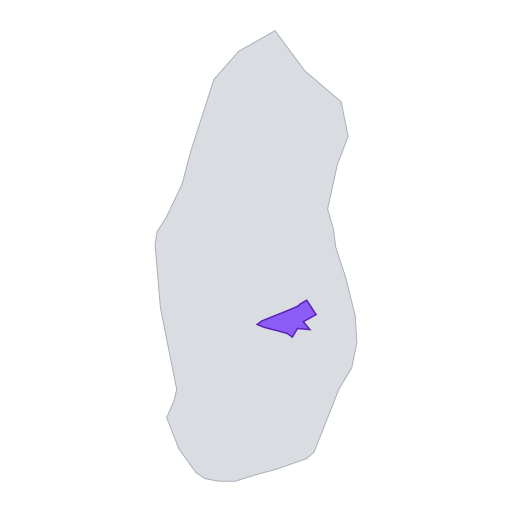 location of 81, Ar Rayyān, Qatar
{"feature_id": "91078587B52698515683272", "entity_name": "81", "entity_type": "district", "adm_level": 2, "iso_a3": "QAT", "parent_name": "Qatar", "parent_adm1": "Ar Rayyān", "projection": "natural_earth1", "projection_center": [51.325, 25.138], "detail": "fine", "context": "in_parent", "style": "filled", "palette": "violet", "viewbox_px": 512, "rotation_deg": 0, "n_neighbors": 0, "source": "geoboundaries", "source_scale": "gbopen_adm2", "svg_char_len": 814}
<svg xmlns="http://www.w3.org/2000/svg" viewBox="0 0 512 512"><path d="M276.3,469.2L255.0,475.0L235.0,481.3L218.3,481.1L204.9,478.6L196.0,472.6L178.8,448.7L166.7,417.6L174.2,400.3L176.7,389.4L160.4,307.5L155.1,244.6L157.1,231.7L166.5,216.9L182.1,184.1L190.4,152.5L213.9,79.5L238.7,51.3L275.0,30.7L304.9,71.0L341.2,101.9L348.1,136.3L337.4,164.4L327.6,209.0L333.5,229.5L335.7,247.3L345.6,277.1L355.2,315.9L356.9,342.8L351.7,367.8L339.1,388.8L314.1,451.9L306.7,458.5L276.3,469.2Z" fill="#d9dde1" stroke="#a8b0b8" stroke-width="1"/><path d="M257.1,324.5L264.1,327.3L275.2,330.2L287.2,333.4L292.3,337.1L297.5,328.5L309.9,329.6L303.3,321.7L316.1,314.6L315.9,314.4L310.5,306.0L306.7,300.2L299.5,304.4L299.3,305.4L290.2,309.5L279.3,313.9L261.8,320.9L257.1,324.5Z" fill="#8b5cf6" stroke="#5b21b6" stroke-width="1.5"/></svg>